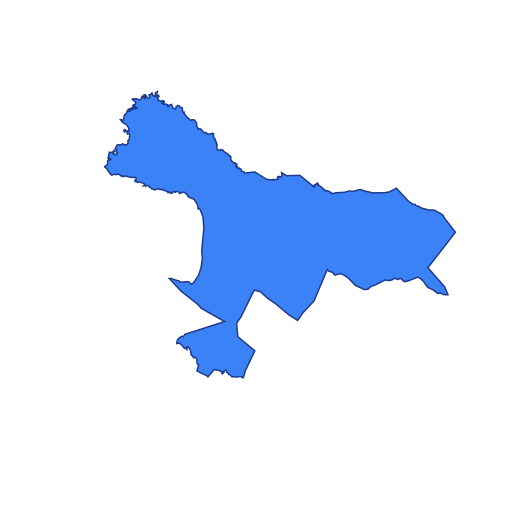 outline of Norðurþing, Norðurland eystra, Iceland, rotated 300°
{"feature_id": "244011B18729557885943", "entity_name": "Norðurþing", "entity_type": "district", "adm_level": 2, "iso_a3": "ISL", "parent_name": "Iceland", "parent_adm1": "Norðurland eystra", "projection": "orthographic", "projection_center": [-16.378, 66.009], "detail": "fine", "context": "isolated", "style": "filled", "palette": "blue", "viewbox_px": 512, "rotation_deg": 300, "n_neighbors": 0, "source": "geoboundaries", "source_scale": "gbopen_adm2", "svg_char_len": 6002}
<svg xmlns="http://www.w3.org/2000/svg" viewBox="0 0 512 512"><g transform="rotate(300 256 256)"><path d="M347.3,113.1L345.2,112.1L344.3,112.9L342.9,112.4L342.7,109.9L345.1,107.1L342.8,105.1L342.4,105.7L341.5,105.2L341.4,104.2L342.7,104.1L342.7,102.1L341.3,100.6L341.2,100.0L341.4,99.1L341.1,98.4L342.5,98.3L342.7,99.1L342.5,99.7L344.0,99.4L344.2,98.5L343.8,97.3L342.1,97.4L342.6,96.5L342.4,96.2L342.6,95.2L341.6,93.4L344.7,91.6L345.8,92.2L346.5,90.5L345.7,89.7L344.3,90.3L343.6,88.2L344.3,88.9L346.9,87.9L348.2,88.9L349.1,88.4L347.1,87.4L344.8,88.4L343.8,88.1L343.3,87.2L344.2,85.4L345.2,84.4L342.7,83.8L342.1,82.9L340.3,84.7L339.0,84.2L338.4,83.0L339.0,81.7L339.5,81.6L339.3,80.7L340.2,80.4L340.0,78.7L339.4,78.3L337.8,79.8L339.1,80.8L339.2,81.4L337.2,81.0L337.8,80.6L336.9,79.7L336.9,79.0L337.7,79.6L337.4,77.4L334.4,78.0L332.9,77.1L332.5,74.0L330.4,70.6L329.3,70.5L329.0,70.6L329.6,70.7L329.5,73.7L328.5,75.3L327.1,75.5L325.2,74.1L324.3,74.3L324.2,75.0L324.5,74.3L326.7,75.5L325.1,75.6L324.9,78.7L324.4,79.0L323.5,77.7L323.7,77.0L323.1,77.5L322.0,76.2L322.3,75.7L321.5,75.4L322.0,75.0L321.4,74.3L320.4,74.0L320.4,74.9L319.6,74.9L318.1,73.9L317.1,72.0L315.2,72.4L311.9,71.6L307.7,73.2L306.9,72.7L306.8,70.9L306.2,70.4L305.9,71.9L304.9,73.5L305.2,74.9L304.9,75.9L305.1,77.8L303.3,81.7L302.3,82.6L300.4,82.5L301.5,82.8L300.4,83.7L298.7,80.5L299.8,80.0L299.9,80.8L299.9,79.0L298.6,78.7L297.7,80.0L298.9,81.1L298.7,82.5L297.3,83.8L298.3,85.0L297.8,86.1L293.9,87.8L291.5,87.4L290.1,88.9L286.8,88.1L286.9,86.7L286.3,85.7L286.6,84.5L284.7,83.5L283.5,80.8L282.4,80.3L278.8,80.3L278.4,81.5L278.6,82.4L276.5,82.4L275.9,83.7L276.2,84.2L274.2,84.6L273.5,83.7L273.4,83.1L273.6,82.9L273.2,82.1L273.5,81.8L273.5,80.7L274.2,80.7L274.3,79.7L272.5,77.9L272.5,77.1L266.5,79.1L266.4,79.7L267.3,79.9L267.6,80.7L267.0,82.1L264.6,79.9L260.9,81.6L257.7,80.3L257.3,80.9L257.0,83.2L254.8,87.0L254.9,88.6L254.0,89.0L253.9,90.5L256.2,92.9L256.5,94.3L257.6,95.0L258.2,97.0L257.8,99.3L258.7,99.9L258.1,101.0L260.0,102.8L261.4,107.8L263.9,112.8L262.8,113.9L261.6,114.1L261.2,113.3L260.0,114.2L260.6,115.1L260.5,116.6L262.1,118.2L262.2,120.5L262.8,121.5L262.7,122.9L261.1,125.5L262.3,125.8L263.1,127.7L262.4,129.2L262.6,130.6L262.0,132.3L262.5,133.2L262.5,135.0L265.4,137.6L265.5,139.7L266.7,141.2L266.5,142.6L267.3,144.8L267.3,147.3L266.9,148.3L268.2,148.9L267.7,150.9L268.0,151.7L270.4,152.2L270.9,154.9L270.9,154.1L271.4,154.1L272.8,155.9L272.6,157.7L271.9,158.8L273.6,159.6L275.3,161.7L274.8,165.4L273.7,167.1L273.4,168.7L274.0,173.0L273.9,174.4L271.9,178.5L270.0,180.8L268.0,182.1L268.1,183.3L268.6,183.7L268.3,184.5L263.3,190.6L253.7,197.1L233.6,206.3L227.0,210.8L218.9,214.1L210.8,215.9L201.6,215.3L199.5,214.3L199.4,213.3L199.9,211.2L199.7,209.7L195.3,203.3L195.9,202.0L194.3,195.7L194.5,194.4L193.1,192.2L188.0,209.0L185.0,229.9L183.3,234.8L183.5,261.6L152.7,233.6L150.0,233.4L149.4,231.9L146.3,230.3L143.8,229.9L140.5,231.1L142.4,233.5L141.7,235.3L141.9,235.9L141.4,237.5L140.3,239.8L140.9,241.5L140.5,242.8L142.4,241.5L143.0,242.4L142.2,242.5L142.9,242.8L143.0,243.8L141.5,246.5L137.7,249.6L138.0,250.8L136.6,252.8L137.8,254.2L137.5,256.0L133.4,258.8L133.0,260.8L126.9,262.3L127.7,273.1L127.3,274.8L137.0,276.7L137.6,279.7L138.4,280.9L138.6,283.2L137.1,285.8L139.2,286.4L139.2,285.3L142.2,286.8L140.7,289.0L140.8,289.8L139.8,291.6L140.0,293.5L139.3,295.4L142.2,300.9L143.5,301.9L144.1,303.6L143.9,304.7L144.3,305.9L151.5,304.1L173.3,302.4L177.0,280.6L188.1,272.8L196.0,273.4L225.4,271.5L227.3,277.5L225.2,287.6L224.4,297.1L221.5,313.7L221.0,324.3L230.3,325.0L245.9,328.7L279.8,324.5L279.2,326.8L279.9,328.8L280.0,331.3L278.8,333.7L283.0,338.0L283.5,342.0L283.0,347.1L280.2,357.0L281.1,366.5L283.1,369.5L287.3,370.9L289.9,373.3L299.9,379.9L301.0,383.0L302.6,385.2L306.1,387.3L306.6,390.7L308.7,392.0L308.8,392.8L307.9,397.3L310.3,400.1L318.5,406.6L318.7,409.1L318.0,413.1L314.9,419.9L314.8,421.6L315.2,426.2L314.4,432.2L316.2,434.3L316.3,437.5L318.2,441.3L318.5,441.6L323.7,434.6L331.8,410.7L376.3,416.8L383.4,399.4L384.5,398.2L385.1,395.2L385.1,392.5L384.7,390.9L385.1,388.8L383.9,385.1L382.7,384.0L380.3,375.7L380.4,372.0L379.6,370.0L380.2,367.9L379.3,366.2L379.7,360.5L384.9,343.7L378.0,339.3L374.8,335.3L369.1,325.6L366.6,317.5L365.7,312.9L360.4,307.6L359.1,304.5L355.2,300.5L350.8,293.7L347.9,290.6L348.4,289.9L348.4,285.7L347.2,284.0L347.8,283.4L347.3,281.8L348.0,280.4L348.6,276.1L348.4,275.0L349.4,274.1L349.9,272.6L348.8,272.2L348.2,272.9L347.4,271.5L346.0,270.8L345.3,272.0L344.8,271.9L347.8,253.7L340.8,242.3L340.9,236.5L339.0,238.1L337.1,238.3L336.6,237.9L336.7,236.9L336.2,236.6L336.2,235.6L335.3,235.1L333.6,236.8L332.5,234.9L330.8,233.8L331.1,233.1L330.8,232.4L329.9,232.0L327.7,226.8L328.2,212.9L322.3,205.0L322.8,203.8L322.5,201.5L322.2,201.1L323.8,199.3L323.5,198.6L323.7,197.9L323.1,198.0L323.2,196.6L322.8,196.4L323.7,195.2L323.1,195.1L323.2,194.4L324.0,193.5L324.3,194.2L324.4,193.6L325.9,193.6L325.9,192.7L325.3,192.4L326.2,191.4L325.6,190.7L325.8,190.3L325.5,189.6L326.1,188.2L325.8,187.8L327.1,185.7L329.5,184.5L329.8,182.7L329.4,181.8L330.3,180.8L330.0,180.1L330.4,179.6L330.2,177.7L330.6,176.3L330.4,175.4L331.3,174.2L330.5,173.1L330.5,172.1L328.9,171.2L329.0,170.4L328.6,169.4L330.7,167.4L332.6,167.0L333.7,165.9L333.5,165.3L334.9,164.5L336.0,162.5L336.9,162.0L337.3,161.4L337.2,160.1L340.6,158.1L340.3,157.7L340.5,156.7L339.6,156.4L337.0,152.7L337.5,152.4L337.9,151.0L337.2,150.1L337.1,147.9L338.3,145.4L338.2,144.0L337.2,142.8L337.7,142.9L337.7,141.3L338.1,140.4L341.5,137.9L343.0,134.7L342.3,132.9L340.7,131.2L341.5,129.1L341.5,126.9L343.3,123.3L343.3,122.4L344.7,122.0L344.1,121.1L344.5,120.4L347.5,117.9L347.0,116.3L347.7,114.0L347.3,113.1ZM318.8,72.0L317.8,72.0L319.6,72.9L319.1,73.1L319.4,73.4L321.1,73.6L318.8,72.0ZM277.4,80.2L275.6,80.2L275.6,80.9L277.4,80.2ZM323.7,76.0L324.3,75.2L322.9,75.8L323.7,76.0ZM322.7,75.3L322.4,74.6L321.7,73.9L322.3,75.1L322.7,75.3ZM261.5,123.9L261.1,123.6L260.7,123.5L260.9,123.7L261.5,123.9Z" fill="#3b82f6" stroke="#1e3a8a" stroke-width="1.5"/></g></svg>